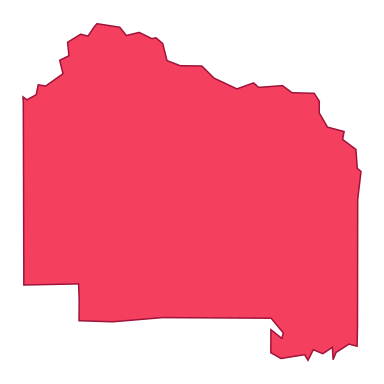 the district of Alachua, Florida, United States of America
{"feature_id": "52423323B74647916820461", "entity_name": "Alachua", "entity_type": "district", "adm_level": 2, "iso_a3": "USA", "parent_name": "United States of America", "parent_adm1": "Florida", "projection": "orthographic", "projection_center": [-82.336, 29.682], "detail": "fine", "context": "isolated", "style": "filled", "palette": "rose", "viewbox_px": 384, "rotation_deg": 0, "n_neighbors": 0, "source": "geoboundaries", "source_scale": "gbopen_adm2", "svg_char_len": 838}
<svg xmlns="http://www.w3.org/2000/svg" viewBox="0 0 384 384"><path d="M23.0,96.9L23.3,102.2L23.8,266.4L23.8,285.0L78.6,283.9L79.2,300.3L79.0,320.7L112.6,321.8L162.5,317.6L271.1,318.2L283.3,332.9L281.8,338.4L270.9,329.7L270.8,352.7L281.0,358.5L304.6,354.7L308.0,360.3L313.3,349.7L322.8,353.7L332.4,347.3L333.1,359.7L336.1,352.4L349.0,344.1L357.1,346.2L357.5,326.2L357.7,199.5L361.0,171.5L357.3,168.4L355.9,149.4L342.6,139.5L344.1,131.6L327.5,127.1L319.2,112.9L319.3,101.2L314.2,93.3L292.0,92.7L282.5,85.6L258.6,87.4L253.6,82.9L236.9,88.9L214.0,78.1L201.8,66.0L180.2,65.7L167.0,60.6L162.7,43.5L156.0,37.8L151.8,38.6L139.2,32.4L126.4,35.5L119.7,27.2L97.0,23.7L94.6,26.3L88.0,36.1L80.7,34.2L67.6,42.3L68.9,55.7L59.7,60.3L63.0,73.7L45.7,86.0L38.2,84.8L36.2,94.7L26.9,99.8L23.0,96.9Z" fill="#f43f5e" stroke="#9f1239" stroke-width="1.5"/></svg>